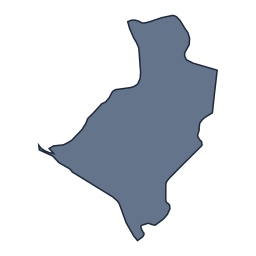 the Department of León
{"feature_id": "NIC-658", "entity_name": "León", "entity_type": "Department", "adm_level": 1, "iso_a3": "NIC", "parent_name": "Nicaragua", "parent_adm1": "", "projection": "orthographic", "projection_center": [-86.624, 12.561], "detail": "fine", "context": "isolated", "style": "filled", "palette": "slate", "viewbox_px": 256, "rotation_deg": 0, "n_neighbors": 0, "source": "natural_earth", "source_scale": "10m", "svg_char_len": 1726}
<svg xmlns="http://www.w3.org/2000/svg" viewBox="0 0 256 256"><path d="M137.5,240.6L133.7,235.9L126.3,223.0L119.4,204.1L117.5,201.1L112.6,196.8L72.4,172.1L69.9,169.0L58.8,162.6L52.8,156.1L39.3,149.9L38.8,145.3L41.1,148.3L44.9,150.8L49.4,152.7L53.7,153.5L49.1,148.5L53.5,145.9L63.2,144.9L66.5,143.4L69.9,141.4L71.7,140.3L81.9,129.7L85.9,123.3L87.4,119.3L88.2,118.0L92.0,114.4L97.0,109.0L101.8,103.7L105.6,102.0L109.4,97.4L112.1,92.2L113.5,90.8L115.7,89.6L129.8,87.7L132.6,87.0L134.1,86.4L137.6,84.2L140.1,78.6L140.6,72.3L138.8,48.0L136.4,42.4L133.8,38.1L129.6,28.5L127.7,21.7L131.1,20.3L133.0,20.1L135.6,20.2L138.7,21.2L142.5,23.1L144.8,22.9L148.8,22.0L161.7,17.7L172.6,15.4L175.0,16.0L176.5,16.8L180.0,20.4L185.2,28.9L187.2,31.6L188.2,33.4L189.6,38.4L189.2,44.7L184.9,52.4L184.6,54.7L184.7,56.4L186.6,59.9L193.2,63.2L217.2,70.2L216.6,75.2L214.3,95.1L212.4,112.8L204.6,117.6L201.8,120.3L200.2,122.5L199.7,123.7L199.4,124.7L199.5,125.4L199.1,127.5L199.1,128.2L199.2,128.8L199.2,129.7L198.9,131.0L197.8,134.5L197.6,135.5L197.7,136.0L198.0,137.0L198.2,137.5L200.1,140.2L200.2,140.3L201.3,141.3L201.6,141.7L201.7,142.2L201.8,143.5L201.9,144.1L202.1,144.9L201.8,145.5L201.0,146.4L181.9,165.4L168.8,178.7L166.1,182.5L165.8,185.6L165.8,199.9L166.0,201.3L166.6,202.4L167.4,203.1L168.4,203.7L169.6,205.2L169.9,208.8L167.4,214.4L163.6,218.8L156.2,224.5L155.1,225.1L154.5,225.1L151.7,224.5L148.9,223.4L148.6,223.4L148.0,223.4L147.5,223.4L147.0,223.6L144.0,224.6L142.6,224.9L141.9,225.3L141.4,225.6L141.1,226.0L140.9,226.5L140.9,227.1L141.0,227.7L141.3,228.7L142.6,231.5L143.6,232.6L143.8,233.1L144.0,233.8L144.0,234.3L143.9,234.8L143.0,236.3L142.3,237.1L137.5,240.6L137.5,240.6Z" fill="#64748b" stroke="#1e293b" stroke-width="1.5"/></svg>